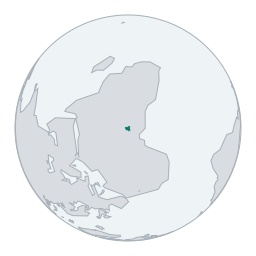 the Earth from above Sangha-Mbaéré, rotated 211°
{"feature_id": "CAF-802", "entity_name": "Sangha-Mbaéré", "entity_type": "Economic Prefecture", "adm_level": 1, "iso_a3": "CAF", "parent_name": "Central African Republic", "parent_adm1": "", "projection": "orthographic", "projection_center": [16.411, 3.248], "detail": "medium", "context": "on_globe", "style": "filled", "palette": "teal", "viewbox_px": 256, "rotation_deg": 211, "n_neighbors": 0, "source": "natural_earth", "source_scale": "10m", "svg_char_len": 7250}
<svg xmlns="http://www.w3.org/2000/svg" viewBox="0 0 256 256"><g transform="rotate(211 128 128)"><circle cx="128" cy="128" r="113" fill="#eef3f6" stroke="#a8b0b8"/><path d="M87.9,22.7L87.4,22.9L84.9,23.9L87.9,22.7ZM64.5,35.0L66.0,34.0L69.9,31.5L71.6,30.5L75.8,28.2L75.9,28.3L73.6,29.8L70.1,31.9L69.0,32.8L72.9,30.8L66.9,35.1L63.9,39.0L62.2,40.4L58.0,42.5L56.5,42.1L51.0,46.2L55.3,43.4L51.1,47.5L50.7,48.3L51.3,48.2L53.2,46.7L51.9,48.3L47.2,51.2L48.3,49.8L49.8,48.8L49.0,48.8L45.8,51.4L44.0,53.6L41.1,56.3L39.8,58.0L38.4,59.8L39.6,58.2L45.1,51.7L51.2,45.6L57.6,40.0L64.5,35.0ZM39.1,58.8L36.4,62.4L36.3,62.6L39.1,58.8ZM17.6,105.8L18.1,104.0L16.8,110.5L18.1,104.7L17.8,108.0L19.6,108.4L19.2,109.8L20.6,118.1L24.0,122.2L24.8,127.1L24.2,130.0L25.9,131.2L25.9,133.1L34.3,137.2L40.1,142.7L40.9,149.5L38.0,157.0L40.0,173.2L36.1,177.9L38.2,184.3L40.5,193.3L37.8,192.1L41.8,197.0L42.9,199.6L41.9,199.5L44.5,202.7L44.0,202.6L46.3,204.9L49.6,208.8L53.5,212.3L56.9,215.4L59.5,217.4L59.3,217.3L51.9,211.0L45.0,204.1L38.7,196.7L33.2,188.8L33.0,188.5L22.2,166.4L20.6,161.8L20.1,160.4L18.1,152.8L16.7,145.0L15.7,137.2L15.4,129.3L15.6,121.4L16.3,113.5L17.6,105.8ZM22.6,88.3L22.4,89.0L22.6,88.3ZM75.6,28.3L74.8,28.7L75.6,28.3ZM94.8,20.5L94.9,20.4L96.6,19.8L94.8,20.5ZM100.8,18.7L100.4,18.8L98.9,19.2L99.4,19.0L100.8,18.7ZM111.2,16.6L111.8,16.5L107.6,17.2L106.4,17.5L111.2,16.6ZM60.4,218.1L59.9,217.7L63.6,220.3L64.7,221.1L64.1,220.8L60.4,218.1ZM60.0,217.3L59.7,216.6L60.6,217.2L61.1,217.8L60.0,217.3ZM233.1,87.4L234.0,90.0L235.7,95.0L238.9,108.4L239.3,111.3L238.9,108.8L236.9,102.6L238.3,110.7L239.9,117.6L240.5,125.7L240.1,123.1L239.2,116.0L238.5,113.6L237.4,106.5L234.4,96.2L233.8,98.2L232.6,94.1L228.3,86.0L226.8,88.8L225.3,99.9L227.1,110.6L225.7,115.5L218.9,100.3L215.2,90.4L213.2,91.4L205.9,83.4L194.5,83.5L192.5,81.0L190.5,82.3L185.3,80.1L182.0,76.1L179.1,76.5L187.6,87.0L190.7,86.7L192.8,82.4L194.6,86.3L199.6,89.6L195.5,99.4L178.0,108.9L175.7,101.0L159.1,80.5L159.2,78.1L159.1,77.9L158.9,77.4L158.0,81.2L154.9,77.3L164.5,91.4L166.4,97.7L177.8,109.4L176.9,110.7L180.4,113.1L190.7,109.7L190.9,112.4L186.4,125.2L171.5,143.0L173.1,154.7L171.5,164.8L161.4,171.8L161.6,179.5L156.2,182.3L155.4,186.7L150.7,191.5L143.2,196.0L131.2,196.4L131.0,192.5L125.9,184.9L119.0,166.4L122.7,157.7L121.8,151.0L113.1,136.5L115.0,128.3L112.6,124.9L107.5,125.9L104.6,121.9L101.4,121.9L81.6,125.3L75.3,120.2L67.0,104.5L70.4,98.2L70.5,91.0L93.3,67.1L98.7,68.2L117.2,64.8L119.7,65.6L118.1,70.7L132.5,76.8L136.5,72.3L148.9,75.6L156.8,75.4L158.5,65.7L145.6,65.9L142.7,61.4L152.6,57.3L163.8,57.8L163.1,56.1L155.5,52.4L157.5,49.4L152.8,50.9L155.1,52.6L152.2,53.7L149.9,52.3L150.7,51.2L147.2,50.6L144.2,56.5L146.2,58.8L137.3,60.2L139.8,64.3L137.6,66.4L132.5,60.2L132.6,57.9L123.5,51.9L122.6,54.3L131.1,60.3L128.7,59.9L127.5,63.8L126.5,60.5L117.5,53.9L109.1,55.7L99.2,65.7L94.2,66.8L89.5,65.1L92.2,55.5L103.2,54.2L104.3,51.3L101.3,47.5L105.0,47.6L105.1,46.0L109.2,45.6L114.3,41.8L118.3,41.3L119.6,37.0L121.9,36.3L120.5,38.9L121.7,40.7L131.7,40.2L133.4,39.3L133.5,36.7L136.2,37.1L135.0,34.7L140.4,33.7L132.7,33.0L132.5,30.5L135.4,28.6L134.0,27.8L129.3,30.9L128.7,32.4L130.3,33.7L127.4,38.2L124.1,39.1L122.0,34.4L117.1,35.3L117.5,31.7L129.9,24.6L135.4,23.6L146.0,26.4L145.1,27.7L140.9,27.2L145.5,29.7L144.8,28.5L147.1,29.0L147.5,27.2L149.1,27.5L146.7,25.4L148.8,25.6L150.3,26.9L152.6,24.9L156.7,25.2L156.5,24.7L155.0,24.0L161.2,25.1L160.7,24.7L158.5,24.1L156.2,23.0L154.4,21.5L156.6,22.0L157.6,22.6L162.9,24.7L165.0,26.5L165.7,26.6L164.4,25.2L158.0,22.5L156.3,21.5L159.5,22.6L158.2,22.1L158.1,21.8L160.0,22.0L156.5,20.9L152.0,18.2L155.3,18.7L158.7,19.7L158.3,19.5L166.0,22.0L173.5,24.9L180.7,28.5L187.7,32.5L194.4,37.0L200.7,42.0L206.7,47.4L212.2,53.2L217.3,59.4L222.0,66.0L226.2,72.8L229.9,80.0L233.1,87.4ZM86.2,78.8L85.7,80.9L86.2,78.8ZM176.3,63.7L182.6,64.0L178.7,58.3L180.8,58.1L178.6,56.3L178.3,57.9L173.0,53.3L175.3,51.7L174.0,49.5L171.8,49.3L168.4,52.9L176.0,59.4L175.1,61.7L176.3,63.7ZM19.7,108.3L19.8,109.6L19.4,109.6L19.7,108.3ZM21.9,93.0L22.1,93.7L21.5,94.0L21.9,93.0ZM22.1,89.7L21.7,92.7L20.7,94.2L21.1,92.5L21.3,92.1L22.1,89.7ZM51.4,47.3L51.7,47.1L52.0,47.4L51.1,48.0L51.4,47.3ZM57.8,45.2L55.6,47.8L56.5,46.2L54.9,47.3L54.8,45.6L61.4,41.0L58.4,43.3L57.8,45.2ZM56.5,42.6L55.8,43.8L56.3,42.7L56.5,42.6ZM101.8,39.1L103.5,39.8L102.2,41.5L97.1,43.1L98.8,40.5L101.8,39.1ZM106.0,40.6L105.3,36.0L108.5,35.1L106.9,36.3L109.0,36.2L106.9,38.2L110.7,42.2L109.8,44.1L100.7,45.4L104.2,43.8L102.4,43.0L106.0,40.6ZM97.9,28.7L97.6,27.6L104.9,27.1L104.3,28.3L99.1,29.7L96.8,29.1L97.9,28.7ZM84.8,24.1L84.2,24.3L85.1,23.9L86.4,23.4L84.8,24.1ZM95.8,20.1L96.8,19.8L93.6,20.8L94.7,20.5L88.2,23.1L87.3,23.4L84.7,25.1L81.1,26.5L82.9,25.3L78.2,27.9L78.3,27.4L75.4,29.2L79.8,26.3L79.8,26.2L81.2,25.7L84.5,24.3L85.9,23.7L90.0,22.0L90.6,21.8L95.8,20.1ZM119.4,17.1L116.6,17.2L119.8,17.7L116.6,18.1L117.2,18.1L115.0,18.7L113.5,19.6L111.9,19.8L112.0,20.1L110.6,20.6L110.2,21.1L107.2,21.7L106.4,22.5L105.5,22.3L105.0,23.5L104.0,22.9L102.1,23.8L104.0,23.9L89.1,27.2L83.6,29.6L79.5,32.1L78.4,31.1L81.6,28.3L86.9,25.2L92.3,23.2L90.9,23.3L93.1,22.5L93.3,22.7L94.2,21.9L96.1,21.3L100.8,19.5L101.0,19.0L102.7,18.5L103.6,18.4L104.7,18.0L107.5,17.6L108.8,17.3L112.8,16.8L113.7,17.2L115.1,16.8L118.2,16.7L119.4,17.1ZM103.7,18.0L103.8,18.0L105.2,17.7L104.2,17.9L106.0,17.5L107.6,17.2L109.4,16.9L109.5,16.9L112.9,16.4L114.7,16.3L113.9,16.6L107.2,17.4L105.6,17.7L101.3,18.6L102.3,18.3L103.7,18.0ZM122.1,63.6L123.9,63.7L126.6,63.4L125.9,66.0L122.1,63.6ZM115.8,59.1L117.4,58.7L117.7,61.9L115.9,61.9L115.8,59.1ZM117.9,55.9L117.4,58.4L116.6,57.1L117.9,55.9ZM121.9,38.6L123.6,38.2L123.9,38.8L123.1,39.8L121.9,38.6ZM128.3,20.0L126.9,19.7L127.3,19.5L125.9,18.5L128.2,18.3L129.9,18.8L128.3,20.0ZM156.5,67.3L154.4,69.2L153.2,68.4L154.1,67.9L156.5,67.3ZM139.6,67.5L143.6,68.6L139.4,68.2L139.6,67.5ZM130.6,19.6L129.8,19.2L131.4,19.4L130.6,19.6ZM129.8,18.2L131.7,18.3L128.3,18.2L129.8,18.2ZM187.1,215.0L186.8,216.2L185.6,216.4L187.1,215.0ZM188.9,162.6L180.1,180.4L175.3,180.6L175.1,175.5L178.8,164.8L184.6,161.6L187.6,156.7L188.9,162.6ZM239.8,141.9L239.8,141.5L240.0,139.6L239.8,141.9ZM240.0,139.5L240.1,134.0L238.0,118.5L238.8,118.7L240.5,128.1L240.5,129.7L240.5,134.0L240.0,139.5ZM227.5,111.6L229.6,118.0L228.6,119.1L227.5,111.6ZM149.1,19.7L148.4,21.0L149.5,22.3L152.5,23.4L148.0,22.6L146.3,20.6L149.1,19.7ZM151.4,18.2L148.8,17.6L150.0,17.7L150.8,17.9L151.4,18.2ZM149.7,17.9L146.2,17.4L144.8,17.0L147.9,17.4L149.7,17.9ZM138.5,17.9L138.1,18.2L136.8,18.0L138.5,17.9Z" fill="#d9dde1" stroke="#a8b0b8" stroke-width="1"/><path d="M130.0,127.1L129.9,127.2L129.8,127.3L129.7,127.3L129.4,127.3L129.2,127.4L128.9,127.4L128.8,127.5L128.6,127.4L128.4,127.4L128.4,127.5L128.3,127.8L128.2,127.9L128.2,128.0L128.2,128.4L128.1,128.6L128.1,128.8L127.6,130.0L127.6,129.9L127.5,129.7L127.4,129.7L127.4,129.4L127.4,129.2L127.3,128.9L127.3,128.6L127.2,128.5L127.1,128.4L126.9,128.3L125.7,127.2L126.1,127.0L126.1,126.9L126.2,127.0L126.3,127.0L126.4,126.9L126.7,126.7L126.9,126.6L127.0,126.6L127.3,126.5L127.6,126.6L127.8,126.7L128.0,126.8L128.1,126.7L128.3,126.6L128.4,126.4L128.4,126.2L128.5,126.0L128.8,126.2L129.0,126.4L129.0,126.6L129.3,126.7L129.5,126.7L129.5,126.8L129.8,126.9L130.0,127.1Z" fill="#14b8a6" stroke="#0f766e" stroke-width="1.5"/></g></svg>